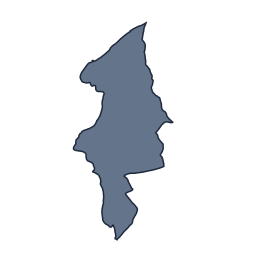 outline of Hagaz, Anseba, Eritrea, rotated 47°
{"feature_id": "51966322B93716709446742", "entity_name": "Hagaz", "entity_type": "district", "adm_level": 2, "iso_a3": "ERI", "parent_name": "Eritrea", "parent_adm1": "Anseba", "projection": "equal_earth", "projection_center": [38.261, 15.755], "detail": "fine", "context": "isolated", "style": "filled", "palette": "slate", "viewbox_px": 256, "rotation_deg": 47, "n_neighbors": 0, "source": "geoboundaries", "source_scale": "gbopen_adm2", "svg_char_len": 5796}
<svg xmlns="http://www.w3.org/2000/svg" viewBox="0 0 256 256"><g transform="rotate(47 128 128)"><path d="M180.5,127.9L179.5,127.0L179.1,126.7L178.6,126.3L177.9,125.8L177.4,125.6L176.9,125.4L175.3,124.3L174.6,123.9L173.7,123.5L172.4,123.0L171.7,122.9L170.4,123.0L169.9,122.8L169.5,122.4L169.3,122.0L169.0,120.3L168.5,118.8L167.1,116.5L166.4,115.6L165.1,114.7L164.7,114.3L164.0,113.5L163.8,113.4L163.0,113.3L160.8,113.3L158.0,113.1L155.6,112.6L153.8,111.4L153.0,111.1L152.4,111.0L151.5,111.1L150.7,111.1L150.5,110.9L150.3,110.5L150.2,109.1L149.6,105.4L149.4,104.4L149.1,103.1L148.7,101.1L148.7,98.7L148.9,97.5L149.1,96.5L149.6,95.8L150.3,95.1L152.9,93.3L153.6,92.7L153.9,92.4L154.2,91.9L154.6,90.9L154.4,91.1L153.7,91.4L153.0,91.5L151.2,91.5L150.4,91.7L148.2,91.7L147.3,91.6L146.1,91.6L143.8,90.3L141.9,89.9L141.0,89.9L140.8,90.1L139.1,90.4L138.4,90.5L138.0,90.5L137.6,90.3L137.2,90.1L136.2,89.7L135.3,88.9L134.0,88.0L133.5,87.4L131.2,86.2L130.6,86.0L129.7,85.4L128.0,84.6L127.7,84.3L127.4,84.3L127.0,84.3L126.6,84.6L126.0,84.8L125.4,84.8L124.3,85.0L123.4,85.5L121.9,85.6L121.2,85.5L119.5,85.6L118.4,85.4L117.6,85.2L117.3,85.1L116.8,84.6L116.5,84.5L115.3,84.1L114.2,83.2L113.7,82.4L113.3,81.3L112.8,80.4L112.0,79.2L111.2,78.3L110.6,77.4L110.3,77.2L110.2,77.1L109.2,77.2L108.7,77.1L108.1,77.0L107.5,76.0L106.4,75.0L106.2,74.7L105.9,74.6L103.5,73.9L102.1,73.4L100.9,72.8L100.1,72.2L99.6,72.1L98.9,72.2L96.3,71.8L94.3,72.0L93.9,71.9L93.4,71.5L93.1,71.4L92.7,71.1L91.3,69.5L89.3,68.2L88.6,67.6L87.8,67.1L86.1,65.8L83.7,64.5L83.4,64.1L83.1,63.6L82.6,62.5L82.2,62.3L80.8,60.5L80.0,59.7L78.7,58.7L77.8,58.1L76.0,57.7L74.0,57.6L73.4,57.4L72.9,57.2L71.4,55.4L70.6,54.3L69.3,52.7L68.0,50.7L65.9,48.2L65.4,47.4L63.8,43.8L63.4,43.1L63.0,44.7L62.7,46.1L62.4,47.4L61.8,48.9L60.9,50.7L60.2,52.9L59.6,55.1L59.2,56.2L58.5,60.2L59.0,60.4L58.7,62.0L58.3,64.6L58.1,66.4L57.9,70.0L57.8,72.3L57.8,73.8L57.9,75.6L57.9,78.7L57.8,80.3L57.6,81.5L57.4,81.9L57.4,83.0L57.4,85.4L57.8,87.0L58.3,88.3L58.4,88.8L58.2,94.9L58.0,97.2L57.9,99.0L57.7,100.1L57.6,101.2L57.3,101.9L57.0,104.4L56.7,105.6L56.3,106.7L55.8,107.8L55.4,107.5L54.9,107.5L54.7,107.5L54.4,108.2L54.8,108.4L54.9,108.5L55.0,108.7L55.1,109.2L55.1,109.6L54.7,110.5L54.0,111.6L53.8,112.3L53.8,113.6L54.2,116.4L54.4,117.2L54.6,118.1L55.3,121.6L55.8,124.0L56.8,126.4L57.2,127.0L57.7,127.8L58.3,128.3L59.0,128.9L62.3,129.9L63.2,129.8L64.1,129.4L66.1,128.1L66.7,127.7L67.2,127.0L68.2,125.7L68.5,125.2L68.8,124.9L69.3,125.0L70.7,125.6L71.4,125.8L72.5,125.8L72.8,125.7L73.2,125.3L73.5,124.2L73.7,123.6L73.9,123.5L74.2,123.3L74.5,123.2L74.9,123.2L75.6,123.4L76.9,124.5L77.9,125.3L78.8,125.5L79.9,125.5L80.6,125.3L82.5,123.3L82.9,123.0L84.3,121.8L84.9,121.6L85.7,121.6L86.1,121.8L86.6,122.1L86.8,122.4L87.2,122.9L87.5,123.7L87.8,124.3L89.3,126.0L89.6,126.5L90.0,127.4L90.3,127.7L91.4,129.3L93.4,131.0L94.3,131.6L94.8,132.0L96.4,134.1L96.9,134.8L97.8,136.5L98.5,137.5L99.2,138.8L99.9,140.3L100.1,140.7L101.0,143.5L101.3,144.9L101.3,145.5L101.6,146.3L102.6,148.4L103.1,150.8L103.2,151.7L102.4,155.2L102.0,156.7L101.2,158.3L100.9,159.4L99.9,161.3L99.5,162.7L99.3,163.3L99.3,164.3L99.3,164.6L99.6,165.3L99.6,165.7L99.6,166.2L99.5,167.2L99.5,167.6L100.1,169.0L100.4,169.5L100.8,169.8L100.9,170.1L101.1,170.9L101.2,172.0L101.3,173.8L101.4,174.2L101.4,174.3L102.3,175.2L103.0,176.1L103.7,176.8L104.2,177.4L104.3,178.4L104.5,179.1L104.7,180.0L105.4,181.4L106.2,182.2L107.1,182.2L108.6,181.6L110.5,180.2L113.2,178.0L113.5,177.9L114.3,177.2L115.1,176.9L116.0,176.6L117.0,176.3L117.9,176.4L118.7,176.7L119.0,176.9L120.1,178.0L121.0,178.7L121.3,178.8L122.2,179.5L122.7,179.6L123.1,179.8L124.8,179.8L125.6,179.4L126.0,179.3L126.8,178.7L127.1,178.7L127.7,178.4L128.7,178.0L129.4,178.2L129.7,178.1L130.4,178.0L130.8,178.1L131.0,178.2L131.2,178.5L131.8,178.8L132.6,179.0L133.0,179.3L134.3,179.7L135.0,180.3L135.3,180.8L135.6,181.5L135.8,183.5L136.1,183.7L137.4,183.0L138.6,182.4L139.2,182.2L139.5,182.4L140.6,181.9L141.8,181.7L142.2,181.5L142.9,181.6L143.4,181.7L144.0,182.2L145.1,182.4L146.5,182.9L148.8,184.6L149.3,185.4L150.2,186.5L151.8,187.0L152.3,187.1L153.0,187.4L153.7,187.5L154.9,187.9L155.5,188.2L156.4,188.9L157.5,189.3L157.9,189.6L160.0,191.3L160.9,192.1L162.3,193.1L163.0,194.2L163.6,194.7L164.3,195.5L164.6,196.0L165.5,196.6L165.8,196.7L166.3,197.3L167.0,198.5L168.0,200.1L168.4,200.6L168.8,200.9L169.5,202.2L170.9,203.5L171.7,204.5L172.6,205.2L172.9,205.3L174.7,206.7L176.0,207.6L176.7,208.2L177.5,208.6L178.3,209.3L180.5,209.8L181.3,209.9L182.1,209.8L182.7,209.8L184.4,209.3L184.7,209.1L185.4,208.8L187.5,208.9L187.8,208.8L188.3,208.6L188.7,208.1L188.9,208.0L189.0,207.7L189.0,207.3L188.7,205.2L189.0,205.2L189.5,205.5L190.1,205.7L190.8,205.7L191.5,206.0L193.4,207.0L195.2,208.4L196.3,208.9L197.6,209.8L198.1,210.0L198.8,210.7L199.5,212.2L200.2,212.9L201.0,212.6L202.2,212.2L201.9,211.8L202.0,209.9L202.0,208.5L201.8,207.2L201.7,205.7L201.5,204.5L201.1,202.0L201.0,199.2L201.0,197.0L200.8,195.2L200.5,194.3L200.5,192.8L200.6,190.5L200.3,189.6L199.9,189.0L198.6,187.2L198.2,186.7L197.8,185.2L197.4,184.3L197.1,183.3L196.6,181.3L195.5,178.9L194.7,177.6L193.7,176.5L193.2,176.2L192.3,175.9L187.3,175.6L186.0,175.9L181.8,175.5L181.0,175.4L177.5,175.2L175.5,175.0L175.0,174.9L174.6,174.7L174.3,174.4L174.3,173.2L175.1,171.0L176.0,168.8L176.3,167.6L176.3,167.1L176.1,166.4L175.8,166.2L175.4,166.2L174.6,166.4L174.2,166.3L172.6,165.8L169.3,164.9L168.1,164.6L167.1,164.2L166.4,163.7L164.9,163.4L163.6,163.2L162.3,163.4L161.4,163.7L161.1,163.8L160.6,163.7L160.5,163.1L160.6,162.7L160.5,162.1L160.5,161.9L161.3,159.8L161.9,158.5L162.4,157.8L163.5,156.3L164.2,155.5L165.1,154.7L169.5,148.5L170.9,146.4L172.9,142.9L173.8,141.4L174.9,139.8L175.9,138.0L176.6,136.7L177.1,135.7L178.3,133.4L179.7,130.4L180.0,129.6L180.5,127.9Z" fill="#64748b" stroke="#1e293b" stroke-width="1.5"/></g></svg>